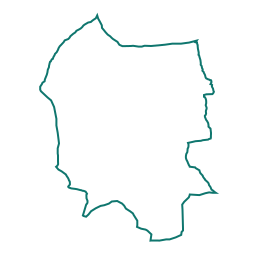 outline of Middle Bush Tanna, Tafea, Vanuatu
{"feature_id": "77236927B24909731902413", "entity_name": "Middle Bush Tanna", "entity_type": "district", "adm_level": 2, "iso_a3": "VUT", "parent_name": "Vanuatu", "parent_adm1": "Tafea", "projection": "natural_earth1", "projection_center": [169.321, -19.465], "detail": "fine", "context": "isolated", "style": "outline", "palette": "teal", "viewbox_px": 256, "rotation_deg": 0, "n_neighbors": 0, "source": "geoboundaries", "source_scale": "gbopen_adm2", "svg_char_len": 3732}
<svg xmlns="http://www.w3.org/2000/svg" viewBox="0 0 256 256"><path d="M213.9,91.8L213.5,91.0L213.0,88.6L211.9,86.6L212.1,84.9L211.6,84.5L210.5,84.2L210.9,83.2L211.4,82.4L211.4,81.2L211.1,80.4L210.8,80.1L210.2,80.3L209.2,79.6L208.0,79.3L207.5,78.9L206.5,78.6L206.0,78.1L205.6,77.4L205.0,75.0L204.2,73.4L204.0,73.1L203.7,72.2L203.6,71.9L202.5,70.9L202.4,70.4L202.6,69.9L202.7,69.3L202.0,68.0L201.8,66.8L201.5,65.7L201.4,65.6L200.9,65.1L200.7,64.8L200.8,63.1L200.4,60.0L199.6,57.4L199.0,55.1L198.5,54.8L198.7,53.5L198.7,52.5L197.9,48.6L197.6,45.5L197.7,45.2L197.1,43.6L197.0,42.4L196.7,42.1L196.2,42.0L195.7,42.1L195.4,42.3L195.2,42.2L196.5,40.9L196.7,40.6L189.0,42.6L186.6,42.9L180.8,43.7L177.0,43.7L174.8,43.7L172.1,43.7L165.0,44.7L159.0,45.3L151.1,46.0L145.6,45.8L144.4,45.8L141.8,46.6L138.6,46.6L133.1,45.8L130.8,46.0L125.7,46.1L123.8,46.1L122.3,46.1L119.4,44.8L118.5,43.5L117.5,41.9L113.0,39.0L111.5,37.7L110.3,36.4L107.7,34.6L105.6,32.3L103.7,29.9L102.0,27.9L101.8,25.3L99.7,21.3L98.2,18.7L97.2,15.4L95.8,18.3L94.1,19.4L92.4,20.6L90.8,22.0L88.2,22.5L84.6,24.6L83.3,25.6L82.3,27.0L80.8,28.4L79.3,29.3L76.4,30.8L75.3,32.4L73.2,33.8L70.4,36.2L69.6,37.6L68.3,39.0L64.7,40.4L63.7,42.1L62.4,43.5L61.1,44.9L59.7,46.3L58.4,48.5L58.2,49.4L56.7,52.2L55.0,53.9L54.4,55.5L53.7,56.5L53.1,57.9L52.9,58.8L51.8,59.3L51.2,60.5L50.8,61.4L50.1,61.7L49.5,63.6L49.5,64.0L49.1,65.4L48.9,67.3L47.8,69.7L47.6,71.1L47.4,72.5L46.8,74.7L44.9,79.4L44.6,81.3L42.5,82.7L41.9,84.1L40.2,86.7L40.2,89.7L40.9,91.2L47.5,97.4L51.1,100.4L54.1,107.0L56.1,117.3L56.4,118.8L56.4,125.5L57.7,132.8L58.6,140.1L59.0,143.5L57.7,148.3L57.7,151.7L57.7,153.5L58.0,155.4L58.0,156.8L58.0,158.3L58.0,160.9L58.1,164.2L57.4,165.7L56.1,166.8L58.4,169.5L59.2,170.0L60.5,170.7L61.7,171.4L65.9,174.5L66.0,174.9L66.5,175.5L66.8,176.3L67.6,177.3L68.2,178.3L68.7,179.4L69.0,180.5L69.4,180.9L69.8,181.8L69.9,183.8L69.9,184.3L69.9,184.6L68.6,186.0L68.2,186.8L69.0,187.6L69.5,187.8L70.0,187.9L71.2,188.4L75.2,188.9L77.0,189.2L80.4,190.1L80.9,190.1L82.7,190.8L83.2,190.8L83.8,190.9L85.6,191.6L87.0,193.8L86.4,194.8L86.5,198.3L87.1,199.8L87.5,200.8L87.5,202.2L87.4,202.8L87.1,203.6L86.5,204.1L86.1,204.8L82.9,215.5L83.6,216.0L86.1,216.7L88.5,214.5L91.1,211.2L95.7,208.3L100.6,205.9L104.3,205.2L108.9,203.6L111.8,201.5L117.2,201.0L120.2,202.6L122.0,203.5L124.1,205.6L125.9,208.6L129.0,210.6L130.0,211.2L132.9,213.4L133.7,215.0L135.2,217.4L137.3,220.7L137.3,222.9L137.3,225.2L137.0,226.9L141.2,228.7L145.6,229.6L147.4,230.6L151.4,234.4L150.5,240.6L151.5,240.5L156.8,240.5L159.4,240.6L166.2,239.4L169.6,239.4L175.7,237.4L181.2,234.9L181.6,232.0L183.0,230.5L183.0,228.3L182.5,209.6L182.2,204.6L184.2,201.8L188.8,197.4L189.7,195.1L189.8,194.5L199.4,195.1L205.4,193.2L209.1,192.4L212.7,192.8L215.8,192.8L214.9,192.2L212.9,190.5L211.5,189.6L210.5,187.1L209.0,185.0L208.8,184.0L208.3,182.9L207.4,181.9L206.4,181.0L205.0,179.7L205.0,179.3L204.4,178.7L203.2,177.0L202.8,176.2L202.7,175.6L200.4,173.2L199.8,171.8L199.4,170.3L195.8,168.2L195.0,167.3L194.3,167.3L189.7,166.7L189.5,165.9L188.8,165.0L188.7,164.6L188.0,163.1L187.5,161.7L186.4,159.6L185.9,157.9L185.9,156.0L186.3,153.9L187.3,152.2L187.5,150.5L187.6,148.8L188.3,147.3L188.5,146.1L188.5,144.4L188.0,142.9L192.6,141.9L195.5,141.2L200.9,140.8L202.8,140.2L208.1,139.6L208.8,139.1L210.7,138.5L210.9,137.4L210.9,135.6L211.0,134.1L211.0,132.8L210.7,130.3L210.5,128.6L208.5,126.7L208.5,125.0L208.1,122.9L207.6,122.1L207.3,121.4L206.1,119.8L204.9,116.8L204.9,115.6L205.7,114.9L206.1,113.5L205.9,112.0L205.9,110.9L206.2,109.9L206.6,108.8L206.6,107.6L206.1,106.3L205.7,105.2L206.2,103.3L206.2,101.9L206.1,100.2L205.7,98.7L204.9,97.2L204.0,96.8L204.0,95.0L206.5,94.3L212.3,94.1L213.1,93.4L213.9,91.8Z" fill="none" stroke="#0f766e" stroke-width="2"/></svg>